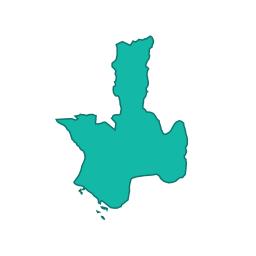 Bacuri, Maranhão, Brazil, rotated 291°
{"feature_id": "56859067B92290832545196", "entity_name": "Bacuri", "entity_type": "district", "adm_level": 2, "iso_a3": "BRA", "parent_name": "Brazil", "parent_adm1": "Maranhão", "projection": "mercator", "projection_center": [-45.171, -1.677], "detail": "fine", "context": "isolated", "style": "filled", "palette": "teal", "viewbox_px": 256, "rotation_deg": 291, "n_neighbors": 0, "source": "geoboundaries", "source_scale": "gbopen_adm2", "svg_char_len": 4143}
<svg xmlns="http://www.w3.org/2000/svg" viewBox="0 0 256 256"><g transform="rotate(291 128 128)"><path d="M110.2,58.0L109.0,59.3L108.3,60.8L108.1,62.2L107.8,64.5L107.7,66.2L107.5,67.5L106.9,69.2L106.3,70.2L104.8,71.8L104.5,72.8L104.1,74.1L103.2,75.0L102.5,75.9L101.6,76.5L100.7,77.4L99.5,78.1L98.6,78.9L97.5,79.8L96.9,81.3L96.0,82.5L95.5,83.8L95.5,85.2L94.1,86.1L93.5,87.5L93.3,88.6L92.7,89.6L91.6,90.7L90.8,92.4L90.7,94.2L89.8,95.3L88.9,96.3L87.5,97.2L86.4,97.9L85.3,98.5L83.3,98.9L81.9,98.9L80.2,98.9L77.1,98.7L75.5,98.7L74.2,98.9L73.0,99.1L71.2,99.2L69.6,99.2L68.0,99.2L65.8,98.9L64.0,98.6L62.4,98.1L60.9,97.7L59.0,97.3L57.9,97.0L57.2,98.0L56.7,99.7L56.7,101.7L56.8,102.9L57.4,105.0L57.4,106.8L57.0,107.9L56.2,108.8L56.5,110.2L55.7,111.6L55.2,112.8L54.8,114.4L54.4,116.1L54.2,117.7L53.2,119.5L52.1,121.7L52.1,122.8L51.6,124.0L50.7,125.8L49.2,126.6L47.6,127.3L47.3,129.3L49.1,128.9L50.6,129.1L50.5,130.6L50.1,132.2L49.5,134.1L49.0,135.7L48.6,137.0L48.1,138.2L47.5,140.2L47.9,142.1L48.1,143.3L48.7,144.9L49.5,146.8L50.6,147.8L51.4,148.5L52.1,149.6L54.1,149.6L60.8,153.7L63.8,153.1L70.0,151.9L72.8,150.6L75.9,149.8L81.2,149.1L82.8,149.9L85.4,153.2L89.3,160.0L91.6,164.8L93.0,167.7L95.2,171.4L94.3,174.7L92.5,176.7L91.1,180.7L91.4,185.5L93.2,188.9L95.5,191.5L97.1,192.4L99.0,193.4L100.5,194.5L101.2,196.6L105.3,198.0L111.3,196.5L116.9,194.7L118.0,193.7L119.4,193.4L120.2,191.5L122.2,190.6L123.8,191.1L126.1,191.2L127.3,190.9L128.3,190.2L129.2,189.4L130.8,188.7L132.4,189.2L134.4,189.1L135.6,188.5L137.7,187.9L139.5,187.0L140.5,186.3L141.8,185.4L143.0,184.2L144.6,183.4L145.8,182.7L147.4,181.5L149.5,180.0L150.5,179.0L152.2,178.4L152.7,177.5L153.1,176.4L153.3,174.8L153.1,173.2L151.2,171.3L149.3,170.3L147.5,169.9L144.6,169.4L141.4,169.1L139.2,168.3L137.6,167.1L135.6,165.4L135.2,163.9L136.0,162.0L137.7,160.6L138.4,159.7L141.5,157.5L143.4,155.9L145.9,154.3L146.5,152.3L147.5,150.9L148.8,149.4L149.8,147.9L150.3,147.0L150.7,145.3L150.7,143.3L150.3,141.7L149.8,140.5L149.8,139.2L150.8,138.1L151.6,136.6L151.8,135.0L153.1,134.2L154.7,133.8L155.8,133.5L157.4,133.3L159.2,132.6L160.4,132.3L162.1,132.6L164.0,133.1L166.2,132.9L167.8,132.6L168.9,133.3L169.5,131.7L170.8,131.1L171.9,130.7L173.2,131.1L174.6,131.4L176.4,131.1L177.7,130.6L179.3,129.8L180.7,128.7L182.2,128.1L183.6,127.1L185.4,126.2L187.3,125.9L188.9,125.6L190.0,126.1L191.0,125.7L191.6,124.2L191.9,122.4L193.6,122.0L195.1,121.9L198.5,122.2L199.5,122.7L200.7,122.6L202.1,122.5L203.6,122.1L204.0,121.2L207.6,120.3L209.1,119.7L210.7,120.2L211.9,121.3L214.9,120.9L216.5,121.1L218.4,120.6L220.3,118.9L221.3,117.8L221.8,116.0L219.7,114.3L217.7,113.2L217.4,111.9L215.3,110.0L214.6,106.4L212.5,105.3L211.1,104.3L210.9,101.5L206.0,100.6L206.6,91.8L201.6,87.1L199.5,88.9L193.0,91.5L187.6,92.5L185.4,91.5L182.9,90.0L180.7,90.6L179.3,91.5L178.6,93.6L177.5,95.5L176.9,96.3L175.8,96.4L173.9,96.6L172.7,97.9L171.4,98.9L169.8,99.2L167.8,99.8L166.4,98.9L165.3,99.9L164.3,100.7L162.8,101.0L161.6,99.7L160.4,99.8L158.9,100.3L157.8,100.7L157.0,101.3L155.9,101.8L154.9,102.9L154.2,103.8L153.6,105.2L154.1,106.2L154.3,107.3L153.6,108.6L152.0,109.5L150.6,110.6L149.1,111.4L147.4,112.1L146.3,113.0L145.1,113.7L144.2,114.7L142.1,115.1L138.0,115.9L137.2,115.1L136.5,113.5L136.0,112.1L135.1,110.4L133.9,109.7L132.3,109.7L131.2,109.1L128.2,115.0L122.8,116.3L121.5,116.6L125.3,104.9L124.5,102.9L123.2,101.9L122.6,100.9L121.7,99.9L121.1,98.7L120.7,97.4L120.2,96.4L121.1,95.8L122.6,95.4L124.4,95.0L125.6,94.4L126.7,94.2L128.0,93.8L127.8,91.9L128.0,90.2L127.2,88.4L126.5,86.9L126.0,86.0L125.0,85.6L124.7,84.0L124.5,82.2L124.1,81.0L123.9,80.0L123.7,78.6L121.9,77.6L121.5,76.5L120.1,74.3L119.3,76.4L118.8,77.9L117.9,77.3L116.5,76.3L116.6,74.7L116.5,72.6L116.0,70.8L110.2,58.0ZM45.3,136.3L45.2,135.2L45.0,133.9L45.1,132.5L44.7,131.5L43.9,132.8L43.9,135.2L45.3,136.3ZM36.0,136.5L36.0,134.6L34.9,136.6L34.2,139.0L36.0,136.5ZM51.1,107.1L52.1,106.1L53.3,105.7L51.8,105.0L51.1,107.1ZM56.2,108.8L54.2,107.6L55.1,109.2L56.2,108.8ZM51.1,107.1L49.4,108.6L51.1,108.2L51.1,107.1ZM39.2,129.1L38.3,130.0L39.1,131.2L39.2,129.1ZM45.3,136.3L44.0,137.7L45.2,137.6L45.3,136.3Z" fill="#14b8a6" stroke="#0f766e" stroke-width="1.5"/></g></svg>